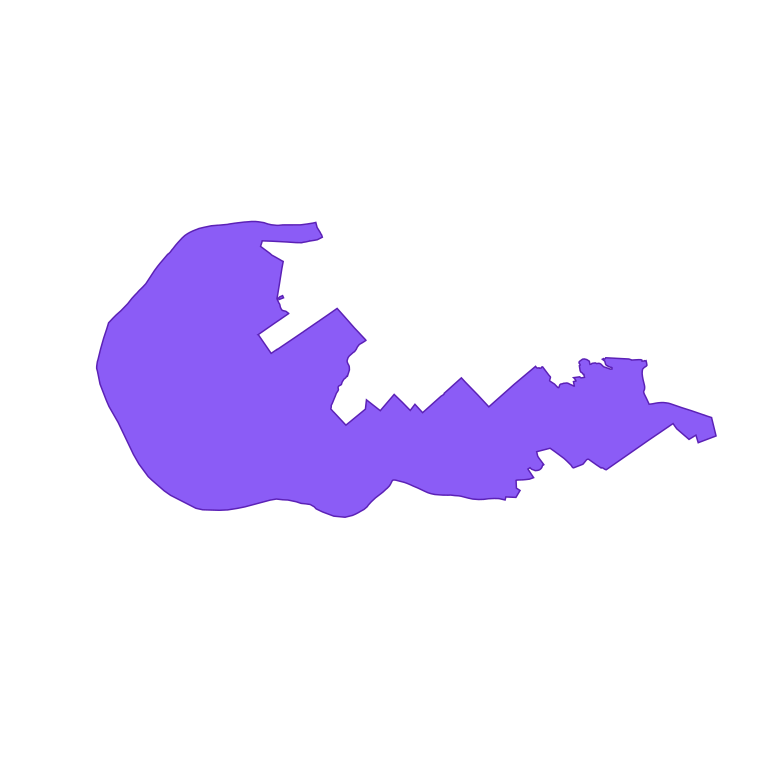 Harsova, Constanta, Romania (Albers equal-area conic projection), rotated 324°
{"feature_id": "2599482B54457444635574", "entity_name": "Harsova", "entity_type": "district", "adm_level": 2, "iso_a3": "ROU", "parent_name": "Romania", "parent_adm1": "Constanta", "projection": "albers", "projection_center": [27.999, 44.706], "detail": "fine", "context": "isolated", "style": "filled", "palette": "violet", "viewbox_px": 768, "rotation_deg": 324, "n_neighbors": 0, "source": "geoboundaries", "source_scale": "gbopen_adm2", "svg_char_len": 6063}
<svg xmlns="http://www.w3.org/2000/svg" viewBox="0 0 768 768"><g transform="rotate(324 384 384)"><path d="M281.3,471.8L284.5,472.5L287.7,473.0L290.0,473.2L294.0,473.7L295.7,473.6L298.2,473.4L299.1,473.1L300.2,472.7L304.6,471.8L310.2,471.1L317.3,470.9L319.8,470.8L323.8,470.3L325.5,470.2L328.6,469.6L330.3,468.9L333.8,467.1L334.5,467.0L335.5,467.4L336.9,468.6L342.6,475.5L344.3,478.0L346.3,481.3L347.5,483.5L350.1,487.8L354.1,495.1L355.6,497.7L357.6,500.4L360.2,503.3L363.5,506.1L366.1,508.3L370.5,511.6L372.6,513.0L375.7,515.9L378.5,518.2L380.3,520.0L385.0,525.7L388.1,529.2L392.7,533.1L396.8,535.9L401.2,538.3L405.9,541.4L409.7,544.3L413.8,549.0L416.2,547.0L424.1,553.3L431.5,550.1L429.9,546.1L434.2,539.6L434.4,539.6L435.8,540.3L440.4,543.4L442.6,544.7L445.8,546.5L450.0,547.7L450.4,537.4L452.6,537.5L452.9,537.5L453.0,538.1L453.3,539.6L453.7,540.3L454.6,541.6L455.4,543.0L456.3,543.5L457.1,544.0L458.3,544.5L459.3,544.8L460.6,544.8L461.8,544.6L462.8,544.2L464.6,542.9L464.9,542.9L465.1,543.2L465.4,543.3L465.9,543.2L465.8,534.9L465.9,532.8L467.7,528.5L480.6,533.6L482.3,538.6L485.8,549.7L486.1,551.0L486.6,553.5L487.2,557.1L487.5,559.0L487.6,559.7L487.5,561.8L487.6,562.4L487.7,562.8L487.9,563.1L488.2,563.3L497.3,565.7L498.1,565.8L503.2,564.4L504.0,564.4L504.7,564.7L505.1,565.0L505.5,565.6L505.8,566.7L508.4,574.4L510.2,579.3L510.3,579.6L510.9,579.6L511.3,580.0L511.9,581.1L512.2,582.0L512.7,583.1L513.2,583.8L513.4,584.0L565.0,585.0L594.6,585.9L594.5,589.1L594.5,592.4L598.2,608.1L606.3,608.7L603.7,616.2L622.1,621.2L629.1,604.1L629.3,603.7L626.6,600.0L617.0,586.3L611.1,578.3L604.3,568.6L603.0,566.9L601.7,565.6L600.1,564.1L599.0,563.1L596.8,561.6L594.6,560.3L592.9,559.4L589.3,557.7L586.6,556.2L586.7,555.9L587.9,549.7L588.6,545.5L588.9,544.3L589.3,543.2L589.5,542.9L590.0,542.4L590.9,541.9L591.8,541.3L592.2,540.8L592.8,540.1L593.4,539.2L593.9,538.2L596.2,532.6L597.6,529.7L598.3,528.5L598.9,527.4L599.6,526.5L600.6,525.3L601.6,524.3L602.0,524.0L602.9,523.8L604.0,523.6L606.8,523.7L607.5,523.5L607.8,523.3L609.0,520.9L609.7,519.2L609.0,519.1L608.7,518.9L608.7,518.4L607.2,517.9L606.2,517.2L606.7,516.3L606.2,515.4L604.5,514.1L598.3,510.1L598.3,509.8L596.8,507.7L578.8,493.1L577.9,493.5L576.4,493.3L576.5,492.5L575.2,492.3L576.0,495.3L574.8,498.5L575.0,500.0L575.6,500.6L575.6,501.3L577.3,503.9L577.8,504.2L578.0,504.6L578.0,505.0L577.2,505.9L576.0,505.2L571.8,499.1L571.2,495.5L570.6,494.2L569.8,493.4L568.1,492.5L567.3,491.1L564.5,489.6L563.3,489.7L562.2,489.2L563.5,486.2L562.4,483.4L560.8,481.5L559.2,480.6L555.6,480.6L554.7,480.9L554.1,481.8L554.1,483.4L553.8,484.0L552.8,484.0L550.6,488.3L550.2,489.8L550.8,491.3L550.9,493.6L551.3,493.8L550.1,496.5L547.0,494.9L546.5,493.2L541.1,490.3L541.3,491.4L541.3,493.8L541.0,494.4L538.7,493.4L537.0,497.0L536.8,497.5L536.6,497.5L536.2,497.0L535.4,495.4L534.8,494.4L534.1,493.2L533.6,492.0L532.6,490.7L530.5,489.5L530.0,489.1L528.1,488.5L526.9,487.9L526.3,487.9L525.8,488.0L525.4,488.2L524.5,488.9L523.2,489.6L522.7,489.2L522.5,488.8L521.9,484.3L520.3,480.1L519.9,478.8L520.2,478.3L522.2,476.8L522.7,476.3L522.8,475.8L522.6,474.0L522.4,463.4L521.7,463.0L520.4,463.4L519.1,462.7L519.1,462.2L518.7,461.9L517.7,461.5L517.0,460.5L517.0,458.8L488.9,460.8L455.4,464.1L453.4,447.6L450.9,430.3L450.2,424.5L427.2,426.9L427.0,427.2L426.1,427.6L422.9,427.4L398.4,429.9L397.1,418.6L389.7,420.8L388.1,409.8L386.1,398.4L365.3,403.4L360.5,386.5L354.2,393.4L339.0,394.3L329.0,394.9L326.8,377.1L326.7,377.0L326.4,373.4L326.3,372.9L327.7,371.7L328.5,370.6L328.9,370.2L330.7,369.3L335.4,366.4L337.4,365.2L340.0,363.5L342.2,362.7L343.4,362.1L343.8,361.8L344.3,360.8L344.8,359.8L345.3,359.4L345.9,359.1L346.6,359.1L348.7,359.4L349.3,359.3L349.6,359.1L350.1,358.7L351.3,357.8L354.0,356.7L354.8,356.5L356.4,356.5L358.8,355.8L359.0,356.2L364.3,352.3L365.7,350.2L366.3,349.1L366.6,347.7L366.7,346.6L367.1,344.8L367.5,344.0L368.0,343.3L370.5,341.5L372.5,340.9L377.6,340.4L378.9,340.5L379.6,340.4L380.8,340.0L382.0,339.6L384.0,338.5L385.4,338.0L386.0,338.0L386.5,337.7L387.1,337.5L392.4,338.0L395.0,338.1L395.1,337.6L393.0,321.2L391.6,306.0L390.5,295.3L379.2,295.1L341.2,294.1L317.4,293.3L317.5,293.1L310.7,292.9L311.3,270.4L311.1,270.1L330.8,270.5L348.2,271.0L348.4,270.9L347.4,267.6L347.2,267.3L345.0,264.7L344.9,263.1L345.1,261.9L345.4,260.7L346.3,258.7L346.6,257.6L346.6,256.6L347.3,252.9L348.0,252.6L349.1,252.6L349.1,252.8L348.8,254.0L353.4,255.2L353.9,252.9L350.7,252.2L349.1,252.5L348.3,252.4L347.8,252.5L347.5,252.8L347.4,252.6L347.6,252.0L349.7,250.0L357.4,242.4L369.2,230.6L374.5,225.6L373.8,224.3L370.9,217.8L369.0,213.8L368.5,211.4L365.0,200.1L368.2,197.8L369.6,196.6L377.4,202.7L389.0,212.1L395.8,217.8L399.9,220.9L400.6,221.4L402.0,221.9L404.3,223.1L408.0,224.7L408.3,224.6L408.4,224.9L411.9,226.7L414.9,228.1L420.4,229.0L421.2,226.6L421.1,226.1L421.5,223.6L421.9,218.0L423.8,213.2L421.2,212.1L415.9,209.4L410.6,206.5L409.6,205.9L409.2,205.6L396.3,196.3L395.8,195.9L392.0,193.7L390.6,192.7L386.5,189.0L384.1,186.3L381.7,182.9L378.9,180.1L377.8,179.0L375.8,177.2L372.1,174.5L369.9,173.2L366.5,171.1L366.4,171.0L357.8,166.2L352.6,163.5L351.0,162.8L350.4,162.4L343.8,158.5L343.1,158.0L337.3,154.5L330.4,151.4L325.6,149.4L323.4,148.9L323.2,148.8L319.3,147.8L316.0,147.2L313.4,146.9L310.2,146.8L306.6,147.2L300.6,148.4L297.1,149.2L292.3,150.6L291.6,150.7L288.5,151.7L286.2,152.0L285.3,151.9L283.7,152.3L273.8,154.7L270.1,155.7L265.0,157.3L260.0,159.2L250.2,162.9L245.6,163.8L241.3,164.4L239.3,164.8L238.1,165.1L234.5,165.7L230.2,166.6L223.9,168.4L214.2,170.1L208.0,170.7L203.6,171.4L197.2,172.6L192.0,176.5L184.2,182.1L175.3,189.1L166.9,196.2L165.4,197.3L163.7,199.0L161.9,200.9L160.7,202.5L159.7,205.2L154.2,217.2L149.8,233.8L148.3,240.5L146.3,259.0L139.9,293.7L138.7,304.7L138.8,320.3L139.7,325.2L143.4,341.3L145.9,348.6L158.8,374.0L163.4,379.2L176.6,389.4L183.6,394.0L192.0,398.3L199.2,401.6L223.6,411.0L229.3,413.8L234.0,418.1L238.1,421.4L243.8,427.7L246.8,431.9L250.2,434.9L253.5,438.1L255.4,442.4L255.7,445.1L259.1,451.4L265.7,461.4L274.2,468.9L281.3,471.8Z" fill="#8b5cf6" stroke="#5b21b6" stroke-width="1.5"/></g></svg>